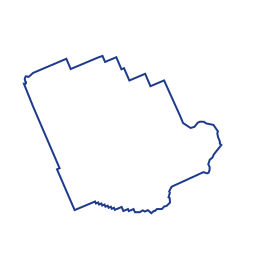 outline of Madison, Montana, United States of America, rotated 157°
{"feature_id": "52423323B46649756704287", "entity_name": "Madison", "entity_type": "district", "adm_level": 2, "iso_a3": "USA", "parent_name": "United States of America", "parent_adm1": "Montana", "projection": "natural_earth1", "projection_center": [-111.999, 45.284], "detail": "fine", "context": "isolated", "style": "outline", "palette": "blue", "viewbox_px": 256, "rotation_deg": 157, "n_neighbors": 0, "source": "geoboundaries", "source_scale": "gbopen_adm2", "svg_char_len": 1185}
<svg xmlns="http://www.w3.org/2000/svg" viewBox="0 0 256 256"><g transform="rotate(157 128 128)"><path d="M193.9,215.8L199.0,214.0L200.1,214.1L200.8,215.0L202.0,215.5L203.9,213.6L204.4,210.3L204.0,210.0L204.5,209.1L205.5,208.7L206.5,209.3L207.0,184.7L206.7,117.7L209.5,117.7L209.2,73.3L187.0,73.2L187.0,71.0L184.5,71.1L184.5,68.8L182.0,68.9L182.0,66.7L179.5,66.7L179.5,64.4L177.0,64.4L177.0,62.2L174.5,62.2L174.5,60.0L172.1,60.0L172.1,57.8L164.7,57.8L164.7,53.4L159.7,53.4L159.7,51.2L154.6,51.2L154.6,49.4L154.4,47.7L150.1,45.9L146.6,46.4L145.1,44.5L141.8,44.6L139.8,40.5L136.4,41.6L135.5,41.1L133.2,42.1L128.5,40.2L125.3,41.6L122.9,41.2L118.5,42.9L117.0,47.3L117.8,48.3L114.8,52.0L114.9,53.5L111.0,56.8L108.4,57.0L75.8,57.9L73.0,55.4L71.4,55.3L69.4,57.3L68.1,60.2L68.3,63.2L65.2,66.8L61.9,67.8L59.1,70.3L48.7,75.9L49.6,77.8L48.7,79.5L48.7,84.3L47.8,88.4L46.5,89.8L47.2,92.8L48.1,97.4L54.4,101.8L55.6,104.0L59.3,105.7L61.8,105.6L66.4,103.1L70.4,103.6L75.4,111.1L75.3,117.8L76.2,157.7L91.0,157.7L91.0,171.2L108.2,171.2L108.3,184.6L111.1,184.6L111.1,197.7L123.3,197.8L123.3,204.3L128.2,204.6L157.7,204.7L157.7,215.8L193.9,215.8Z" fill="none" stroke="#1e3a8a" stroke-width="2"/></g></svg>